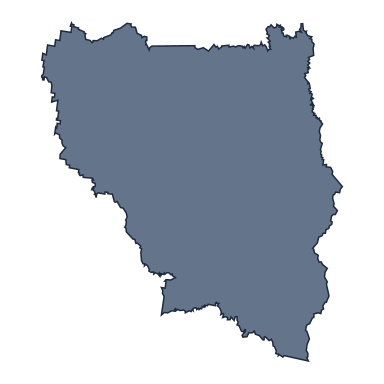 the district of Armidale, New South Wales, Australia
{"feature_id": "25037944B44637712818530", "entity_name": "Armidale", "entity_type": "district", "adm_level": 2, "iso_a3": "AUS", "parent_name": "Australia", "parent_adm1": "New South Wales", "projection": "equal_earth", "projection_center": [152.07, -30.435], "detail": "fine", "context": "isolated", "style": "filled", "palette": "slate", "viewbox_px": 384, "rotation_deg": 0, "n_neighbors": 0, "source": "geoboundaries", "source_scale": "gbopen_adm2", "svg_char_len": 5830}
<svg xmlns="http://www.w3.org/2000/svg" viewBox="0 0 384 384"><path d="M308.4,361.0L306.8,357.6L307.8,356.8L307.9,353.4L306.3,350.4L307.1,344.4L309.4,338.9L306.9,331.4L305.6,330.5L306.2,326.6L307.4,324.5L309.6,323.8L312.3,318.1L313.9,317.2L313.9,313.9L318.1,312.8L320.8,313.6L321.6,310.0L323.6,308.9L322.8,305.9L325.3,302.1L326.3,302.3L329.0,295.9L326.4,284.1L327.3,281.9L324.5,277.0L325.1,272.1L327.3,268.4L322.5,264.5L321.2,261.9L319.0,262.1L317.7,258.3L318.2,255.3L314.5,252.9L313.7,249.3L312.6,248.4L317.3,242.9L318.8,237.1L322.0,235.8L323.1,233.3L325.4,233.2L326.0,229.6L328.8,228.5L329.3,226.2L331.8,224.2L332.1,221.8L330.7,220.8L331.6,216.0L333.3,214.5L335.3,214.5L337.4,210.6L333.5,206.2L334.1,203.7L332.6,198.2L333.2,194.8L334.4,194.5L335.7,192.1L339.6,192.7L340.3,189.3L342.4,186.6L332.1,174.4L332.7,171.5L330.6,167.4L326.2,166.8L326.5,164.5L322.9,164.9L323.7,159.8L322.3,159.5L322.8,157.5L321.3,157.0L321.7,154.9L320.7,154.3L321.1,151.2L320.4,149.8L322.3,143.2L321.0,142.7L319.8,140.0L320.5,135.5L319.3,131.7L320.0,128.0L322.6,123.9L320.9,122.0L321.2,121.1L319.7,120.6L319.4,118.2L317.8,118.9L317.3,117.5L316.3,117.8L316.0,115.4L314.5,115.3L314.7,114.2L313.7,114.9L313.8,112.5L312.4,112.2L312.2,110.5L313.2,109.3L312.6,108.5L313.5,107.6L312.9,106.4L314.1,105.8L313.1,104.3L312.2,105.5L310.5,104.8L312.6,102.9L311.4,100.8L312.1,98.6L314.0,98.8L312.1,97.6L311.0,98.7L312.2,94.1L310.6,93.0L309.2,93.9L311.1,91.6L309.0,90.7L308.9,88.9L310.3,88.6L309.3,83.6L308.6,82.5L307.8,83.4L307.8,81.8L304.5,77.5L305.8,75.8L304.6,73.6L308.2,72.7L307.7,70.0L308.7,69.1L307.8,67.9L309.7,67.9L307.7,65.2L309.8,63.0L307.9,61.3L309.6,59.4L308.4,57.5L313.7,55.3L313.1,48.4L314.1,44.1L311.9,41.7L311.8,39.2L310.0,38.6L311.8,36.8L307.7,35.7L306.2,33.2L306.5,31.2L305.2,31.7L303.4,30.0L302.7,23.6L301.1,23.8L300.9,27.8L299.6,29.4L301.3,32.1L298.9,31.3L295.7,32.1L296.3,37.1L294.9,36.2L293.4,38.2L290.6,37.1L290.1,39.5L289.5,36.4L287.4,35.2L286.2,35.3L286.3,36.8L283.7,36.0L283.1,33.1L282.2,33.2L281.6,31.1L283.9,29.7L283.7,28.3L282.7,27.5L281.1,30.1L281.8,26.9L279.3,26.9L280.9,24.7L279.3,25.8L276.9,24.3L276.5,26.9L274.0,27.9L271.1,24.8L269.6,26.8L268.1,26.7L266.0,29.3L267.5,32.8L266.8,34.0L269.3,35.3L268.2,37.8L267.1,37.9L270.2,41.2L268.2,42.1L269.9,44.1L269.3,45.1L270.3,46.3L269.3,46.8L270.7,49.3L268.5,49.6L267.8,50.8L266.1,46.5L264.7,44.8L262.6,45.8L261.2,42.2L260.6,44.6L258.9,45.7L254.1,45.3L253.1,46.6L253.6,48.4L251.6,46.5L250.0,48.0L248.9,44.9L247.5,44.5L245.1,48.2L244.2,46.5L243.1,47.7L242.5,46.2L238.2,45.6L235.7,47.1L233.5,46.1L229.0,47.1L228.9,45.2L221.6,46.0L221.5,47.1L218.6,49.0L217.3,46.2L216.0,47.2L214.0,44.5L208.5,51.1L203.4,47.7L197.6,49.4L195.1,47.6L194.8,45.7L151.8,46.1L149.7,47.8L149.1,49.9L146.8,45.0L145.1,44.5L146.4,44.4L145.6,42.1L145.8,40.5L146.9,40.5L146.8,37.0L144.2,36.3L142.0,37.7L141.5,35.4L137.1,33.3L135.4,27.2L131.7,27.1L130.7,25.1L131.2,24.0L127.0,23.3L120.5,28.1L113.8,30.4L113.1,32.8L112.2,32.7L110.8,35.0L103.8,37.5L103.5,39.3L101.4,38.2L97.3,40.7L93.1,40.6L92.9,42.2L91.9,42.6L90.1,40.4L85.9,39.5L84.9,35.8L85.8,33.6L84.0,33.0L84.1,31.8L78.4,29.4L78.6,28.0L73.7,26.6L73.9,24.7L72.1,24.4L71.5,23.0L70.3,26.2L71.8,26.5L71.0,32.4L61.0,30.8L59.8,40.5L55.6,39.8L54.7,46.3L47.6,45.0L46.3,54.9L42.8,53.3L41.9,60.2L44.0,60.6L42.9,66.9L44.4,67.2L43.3,74.0L41.6,76.0L41.9,77.5L42.9,77.4L42.6,79.8L44.0,80.0L44.4,77.0L46.5,77.4L48.7,81.8L51.1,82.2L51.9,85.4L51.2,92.7L54.9,93.4L54.4,97.3L52.3,96.9L51.6,102.1L57.9,100.2L56.5,110.8L58.7,111.1L57.7,118.6L56.6,118.4L56.4,120.0L60.5,120.8L60.1,123.9L57.2,123.3L56.6,128.0L55.7,127.0L54.7,134.1L55.7,133.0L59.6,134.9L59.6,138.0L62.0,140.1L61.9,142.7L63.1,145.8L65.7,147.7L60.1,154.3L60.0,158.6L65.7,159.6L66.3,164.6L69.6,165.2L69.3,167.7L78.8,169.6L78.4,172.7L79.5,173.0L79.2,174.6L80.2,175.6L82.9,174.9L83.3,177.4L92.6,178.2L93.4,180.2L92.0,180.0L92.4,182.4L95.2,183.4L95.1,186.4L93.2,186.8L93.7,188.1L92.3,188.0L91.7,189.8L93.3,189.8L94.3,191.3L95.6,194.0L93.8,194.2L95.4,194.7L96.2,197.6L96.6,194.3L98.0,192.8L104.8,194.1L105.1,192.0L107.9,192.4L107.8,193.7L112.4,194.2L114.2,201.3L115.2,202.3L117.1,201.5L120.5,207.5L123.1,208.1L126.4,213.3L127.1,217.2L125.6,220.2L126.3,221.0L126.0,224.8L124.7,227.3L126.0,228.1L126.3,231.8L133.1,239.2L134.7,239.2L135.9,243.4L137.2,243.1L140.8,246.2L139.8,247.8L141.7,249.0L140.8,252.2L141.5,260.6L143.0,263.7L144.5,263.8L144.4,265.9L145.9,264.4L147.6,265.8L149.2,269.2L148.9,271.0L151.1,272.4L153.6,272.0L153.7,274.1L155.4,272.8L158.2,274.1L159.1,273.2L158.9,275.2L159.9,276.4L160.3,273.0L161.1,275.1L161.7,273.8L163.2,274.5L164.3,272.9L164.9,274.3L166.7,272.7L169.1,272.9L170.8,274.7L172.3,274.1L172.4,275.7L175.4,277.6L170.7,280.0L166.0,279.6L164.9,281.0L166.1,280.7L165.1,288.2L161.4,287.5L162.8,290.8L162.4,293.1L164.1,296.5L161.4,315.0L164.4,312.5L167.7,312.9L171.6,310.8L175.3,311.2L174.6,309.4L175.6,308.6L176.8,310.3L178.0,309.4L179.7,310.5L183.8,310.1L185.3,311.2L185.3,312.8L189.4,310.7L191.1,311.6L192.2,309.9L193.1,310.6L192.7,309.2L194.3,307.9L195.9,307.7L196.7,309.6L198.3,308.3L199.0,309.6L200.4,308.4L201.6,308.8L202.3,306.5L204.0,307.2L204.0,306.0L205.1,306.5L204.8,305.3L207.5,305.7L208.1,304.3L215.5,305.7L215.5,303.2L216.8,301.8L216.3,303.3L218.9,303.5L217.4,305.6L219.8,308.1L221.4,312.1L220.8,314.6L222.9,313.5L223.7,314.2L222.6,317.6L225.4,316.7L227.7,317.7L227.4,319.8L230.1,319.7L231.1,317.0L234.1,320.5L235.1,316.8L237.0,316.7L237.0,320.1L238.2,322.0L237.0,324.9L239.0,325.6L241.5,331.3L243.8,331.9L244.8,329.5L245.5,329.8L245.1,331.7L242.1,335.2L242.9,337.2L247.0,336.7L248.7,332.9L252.7,332.7L254.4,331.1L255.3,334.2L259.4,335.6L263.0,340.0L264.1,339.8L264.2,337.1L265.1,336.6L269.1,340.6L271.3,339.3L272.8,342.3L273.1,345.9L274.5,346.7L276.3,350.9L275.7,353.6L278.6,354.2L278.3,355.6L279.5,354.7L282.8,357.1L284.1,355.6L308.4,361.0Z" fill="#64748b" stroke="#1e293b" stroke-width="1.5"/></svg>